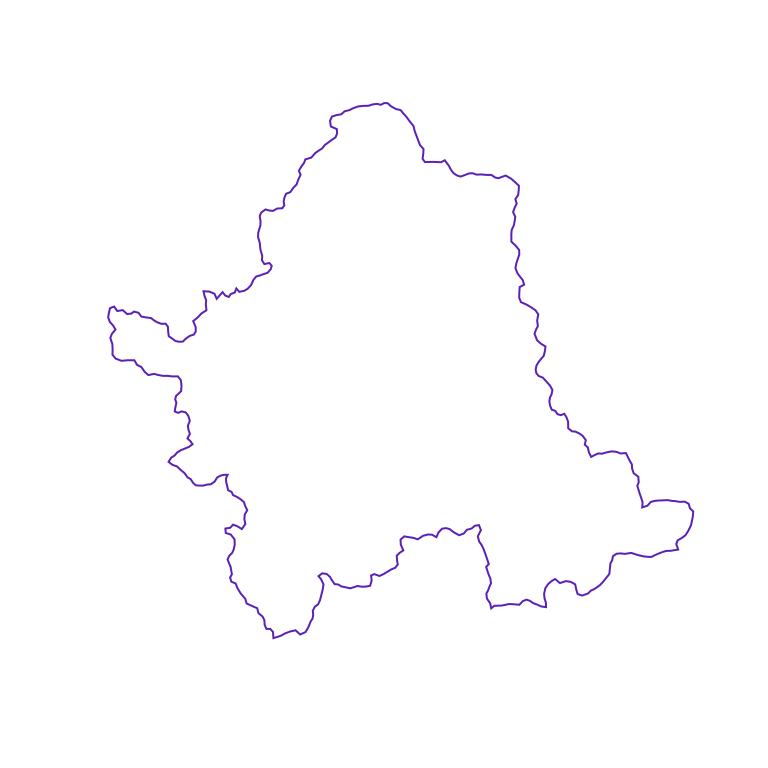 outline of Mariana, Minas Gerais, Brazil, rotated 159°
{"feature_id": "56859067B28014056344581", "entity_name": "Mariana", "entity_type": "district", "adm_level": 2, "iso_a3": "BRA", "parent_name": "Brazil", "parent_adm1": "Minas Gerais", "projection": "mercator", "projection_center": [-43.32, -20.336], "detail": "fine", "context": "isolated", "style": "outline", "palette": "violet", "viewbox_px": 768, "rotation_deg": 159, "n_neighbors": 0, "source": "geoboundaries", "source_scale": "gbopen_adm2", "svg_char_len": 6166}
<svg xmlns="http://www.w3.org/2000/svg" viewBox="0 0 768 768"><g transform="rotate(159 384 384)"><path d="M613.0,388.5L610.6,384.5L606.7,381.1L604.7,376.7L602.1,372.2L600.9,367.3L598.6,364.5L597.7,360.2L596.0,356.9L592.7,355.3L589.2,353.9L585.1,353.5L581.5,352.4L576.9,353.7L573.3,356.5L569.7,357.0L566.0,356.6L562.6,355.3L565.4,352.4L566.5,348.8L567.6,340.7L565.0,338.0L564.7,334.3L561.8,331.4L559.2,327.8L557.1,324.0L557.3,319.9L556.9,315.2L560.8,312.0L562.8,307.9L563.6,303.0L568.7,299.5L572.0,303.9L575.4,306.8L579.1,304.9L583.9,305.9L585.1,301.6L581.0,298.4L579.2,292.6L580.9,287.6L583.7,283.3L586.3,280.7L589.9,279.2L592.9,276.3L592.9,272.3L592.7,268.4L594.2,260.9L597.1,258.4L597.3,254.1L594.0,250.9L594.0,246.3L592.9,240.0L590.5,233.2L590.9,228.3L587.2,224.5L582.7,220.1L583.3,215.1L580.7,210.4L580.3,206.4L581.7,202.1L581.6,197.6L577.9,196.0L576.5,192.3L578.3,186.4L572.8,186.0L569.5,186.0L566.1,186.6L560.6,186.6L554.9,185.8L552.0,180.2L546.1,180.5L541.3,184.5L537.8,188.4L534.8,190.6L532.9,193.7L531.7,197.9L528.3,200.9L524.5,201.9L521.3,205.0L514.8,214.2L512.3,218.6L512.7,224.3L514.0,228.1L509.5,229.4L505.5,227.1L503.6,223.3L502.9,219.2L501.8,214.9L498.7,213.3L496.2,210.2L491.8,207.4L488.9,205.4L485.0,205.1L481.3,205.0L477.8,202.9L473.7,201.4L469.3,200.6L466.0,204.9L464.7,209.8L461.2,210.0L457.0,206.4L452.5,206.7L443.7,208.3L439.4,208.4L435.8,210.6L435.0,214.7L433.6,219.2L429.9,220.8L425.6,221.7L425.9,227.9L424.3,232.8L419.7,234.5L416.2,232.4L412.0,230.0L408.1,226.9L401.9,228.3L396.7,227.7L393.2,226.1L390.0,222.2L386.3,225.9L381.7,228.1L377.9,227.3L374.8,225.1L372.0,220.6L368.1,215.9L363.1,215.8L358.9,218.2L354.0,217.7L350.0,219.1L345.9,218.2L345.9,212.8L351.0,208.2L351.6,202.8L350.5,198.4L350.2,193.9L350.3,188.0L350.7,178.4L354.2,176.6L354.6,168.9L354.4,164.4L355.5,159.6L358.1,157.1L360.8,154.0L363.5,151.7L364.8,146.9L363.5,141.2L364.3,136.1L360.5,137.4L353.9,135.1L350.3,134.4L346.2,133.8L341.7,131.8L336.7,129.4L332.1,131.6L328.2,131.6L325.5,129.3L323.2,125.9L319.8,122.9L317.0,120.0L312.7,117.6L311.2,121.8L311.0,126.1L309.8,130.6L306.6,135.5L302.5,138.4L298.0,140.0L294.1,140.6L291.1,135.1L284.9,134.8L280.6,132.4L277.3,128.4L278.2,123.1L278.5,118.5L274.9,115.5L268.6,115.3L264.8,117.0L261.3,117.2L258.0,117.9L254.6,118.8L250.8,120.6L246.6,123.0L241.7,125.9L239.2,130.8L236.9,135.4L234.1,137.7L232.0,141.2L227.7,142.2L223.6,141.0L220.1,139.1L213.7,137.7L208.1,133.2L203.7,130.2L200.0,128.3L196.3,126.7L192.7,127.1L187.8,127.3L183.7,127.3L180.3,127.0L175.9,125.5L168.7,124.0L168.5,129.8L165.9,132.8L161.3,133.5L156.9,134.7L152.8,137.7L147.9,142.2L143.0,149.9L141.0,154.2L142.9,158.3L142.5,163.0L145.4,166.4L150.4,168.1L153.7,170.1L157.1,171.7L160.7,173.9L170.0,177.0L173.5,177.9L177.2,178.3L181.6,176.0L187.1,176.2L184.9,181.2L184.5,190.9L184.0,198.2L181.4,201.0L179.8,206.3L182.9,211.2L182.7,216.1L181.4,220.1L182.2,224.9L182.9,232.8L188.1,234.4L191.2,237.3L195.5,239.5L201.3,240.5L205.5,240.8L208.9,242.4L212.4,242.2L216.7,241.7L217.2,246.8L216.4,251.7L218.3,255.4L215.7,259.3L217.2,264.6L219.2,267.6L222.3,270.9L225.5,272.5L227.9,276.7L225.6,282.9L225.6,288.0L226.4,291.6L230.0,291.5L232.8,293.6L233.8,297.6L236.6,299.9L236.7,304.2L235.8,308.7L233.8,312.0L231.2,314.4L228.9,318.1L229.6,323.0L233.4,333.0L236.7,336.0L237.9,339.4L237.3,342.9L235.1,346.5L232.0,349.0L228.3,351.2L224.7,353.1L221.8,357.4L219.8,361.2L223.1,365.5L225.4,370.0L225.5,376.9L222.6,380.3L219.6,382.9L218.3,388.3L215.0,393.8L216.2,398.6L218.9,402.5L222.6,407.2L226.8,411.3L226.9,416.0L225.1,420.4L222.6,425.9L217.6,426.5L217.2,431.2L218.3,434.6L219.7,439.4L219.8,445.0L217.0,449.5L211.3,456.4L209.8,460.7L211.7,466.4L214.1,471.2L211.5,478.1L209.5,482.2L206.1,485.4L203.4,489.6L201.5,493.2L201.9,498.2L198.8,501.8L195.5,504.8L195.1,509.5L191.1,512.3L189.0,516.2L187.0,520.7L189.1,525.1L191.7,530.0L195.7,535.0L199.7,535.1L203.4,535.1L206.3,537.0L208.8,540.7L213.7,542.6L218.1,544.8L222.6,546.3L225.6,548.9L228.9,550.1L233.6,550.1L238.2,550.2L241.3,552.7L243.6,556.1L244.7,559.9L245.2,564.3L247.1,571.1L251.3,570.6L258.9,573.9L266.2,576.5L267.3,580.4L264.8,584.9L262.9,589.2L264.8,594.2L264.7,609.2L264.0,614.2L265.7,619.4L267.4,625.5L269.0,629.7L270.3,633.7L274.5,636.6L278.0,640.9L279.9,644.8L283.2,646.2L286.9,645.8L290.0,648.0L294.5,649.1L298.7,649.3L303.7,651.1L308.7,652.4L314.0,652.5L318.1,652.1L323.1,652.7L327.3,651.1L332.3,652.1L336.7,652.3L340.1,649.1L341.3,643.4L336.7,638.9L338.0,634.7L340.9,631.6L346.1,630.4L353.6,628.3L357.5,626.0L360.9,625.4L365.3,624.3L370.8,621.4L376.9,621.9L379.5,619.0L383.2,616.7L387.1,613.5L386.9,609.2L390.7,605.6L394.1,601.6L398.3,599.7L402.7,596.7L407.2,596.7L410.1,593.8L412.3,590.3L413.1,586.5L415.9,584.5L420.8,586.1L425.6,585.4L429.0,587.1L432.0,589.4L437.1,588.1L439.8,585.4L440.9,580.4L442.6,576.2L445.1,573.1L447.2,570.3L448.9,566.4L449.4,560.4L451.2,553.6L451.7,547.3L453.6,543.3L452.7,538.8L447.7,538.1L446.5,534.5L448.6,531.8L452.9,529.5L457.5,529.8L461.2,529.8L464.7,530.2L468.6,528.0L472.8,523.9L477.1,521.8L481.0,521.1L486.1,521.9L487.6,526.1L490.5,522.9L494.8,522.9L497.7,520.9L500.5,523.5L501.8,527.6L509.7,523.5L509.9,529.0L514.0,532.9L519.3,535.3L520.0,530.2L520.0,525.9L521.9,521.9L523.4,516.4L529.1,515.3L534.0,512.9L539.6,511.1L539.4,504.8L540.8,500.7L543.7,498.3L548.3,498.5L553.2,497.2L556.5,495.7L559.9,496.7L563.3,498.9L567.8,505.8L566.7,510.3L565.2,515.0L566.3,518.6L570.2,519.9L573.3,522.6L575.6,525.3L577.8,529.0L582.2,531.4L586.4,533.9L587.6,538.4L591.4,541.2L594.7,540.3L598.8,541.4L601.4,546.6L606.9,547.7L608.2,553.0L612.6,553.0L615.2,549.2L617.6,545.2L617.7,540.2L615.9,535.5L615.2,531.0L620.0,528.4L623.0,525.1L623.3,518.6L625.0,513.4L627.0,508.7L625.4,503.8L620.7,499.7L615.6,498.3L608.5,495.6L607.7,490.3L604.5,486.9L603.0,481.0L600.8,476.8L595.0,475.8L591.8,473.5L587.6,470.9L582.6,468.9L579.0,467.0L573.7,465.0L572.3,460.5L573.5,455.4L575.9,450.1L579.1,448.7L582.4,447.4L584.4,444.6L584.6,440.8L587.3,436.7L589.2,433.4L586.5,430.8L582.9,431.0L579.4,428.7L578.1,424.6L578.5,419.2L582.2,415.1L583.0,410.6L583.1,407.0L587.0,403.6L585.3,400.2L584.3,396.4L588.5,395.2L597.3,395.0L601.6,394.2L605.1,392.3L609.1,391.5L613.0,388.5Z" fill="none" stroke="#5b21b6" stroke-width="2"/></g></svg>